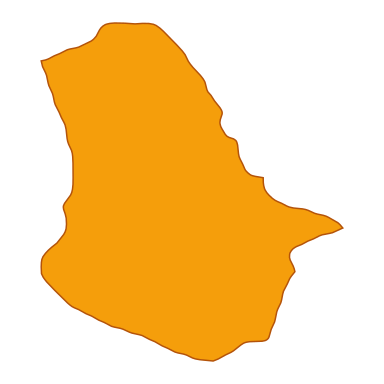 Cristobal, Independencia, Dominican Republic (Mercator projection)
{"feature_id": "3306468B18266835565764", "entity_name": "Cristobal", "entity_type": "district", "adm_level": 2, "iso_a3": "DOM", "parent_name": "Dominican Republic", "parent_adm1": "Independencia", "projection": "mercator", "projection_center": [-71.278, 18.34], "detail": "fine", "context": "isolated", "style": "filled", "palette": "amber", "viewbox_px": 384, "rotation_deg": 0, "n_neighbors": 0, "source": "geoboundaries", "source_scale": "gbopen_adm2", "svg_char_len": 2641}
<svg xmlns="http://www.w3.org/2000/svg" viewBox="0 0 384 384"><path d="M41.2,60.9L42.6,66.7L45.6,72.9L46.6,75.6L48.1,82.9L48.9,85.7L52.4,93.3L53.2,96.1L54.4,102.0L55.3,104.8L59.1,112.2L61.4,117.6L64.0,122.5L65.1,125.0L66.1,129.4L67.1,138.5L67.7,141.5L68.6,144.2L71.5,150.4L72.3,153.4L72.7,156.6L73.0,163.0L73.1,177.9L73.0,184.4L72.5,189.2L71.8,192.3L70.6,195.1L64.6,203.3L63.5,205.7L63.3,207.0L63.6,209.3L65.2,213.9L66.2,218.1L66.5,224.2L66.1,228.8L65.2,231.7L63.7,234.5L56.9,243.1L51.6,247.3L48.4,250.2L45.5,253.3L43.0,256.7L41.9,259.4L41.4,262.4L41.2,266.9L41.5,273.7L43.2,277.2L44.8,279.5L46.6,281.8L54.8,290.4L67.6,303.0L69.8,304.9L72.1,306.6L74.4,307.8L78.7,309.6L86.0,313.7L91.5,316.0L98.7,320.1L104.1,322.4L111.5,326.3L114.3,327.1L120.2,328.3L123.0,329.2L129.3,332.1L132.0,333.1L139.2,334.7L142.1,335.5L149.5,339.4L154.9,341.7L162.2,345.9L167.5,348.2L174.9,352.0L177.8,352.9L183.6,354.1L186.4,355.0L192.6,358.0L195.4,358.9L199.9,359.7L213.2,361.0L218.2,359.0L225.6,354.9L230.9,352.4L233.5,350.8L240.8,345.0L243.4,343.3L244.8,342.7L246.4,342.2L249.5,341.7L262.2,341.2L265.1,340.6L266.4,340.0L267.5,339.2L268.4,338.2L269.0,337.0L271.2,329.3L274.6,321.9L275.3,319.0L276.8,311.7L277.8,309.0L280.8,302.8L281.6,299.9L282.7,294.1L283.5,291.2L287.3,283.9L289.7,278.6L291.3,276.2L294.9,271.7L294.2,268.8L293.2,266.1L290.2,260.1L289.5,257.5L289.6,254.6L289.9,253.1L291.3,250.7L293.1,248.7L295.3,247.2L296.6,246.5L301.8,244.4L307.9,241.1L313.4,238.9L319.5,235.8L322.2,234.8L329.5,233.4L332.5,232.7L342.8,228.0L340.1,224.8L338.1,222.9L328.6,217.4L326.1,216.2L323.2,215.3L317.4,214.1L314.6,213.3L308.3,210.4L305.6,209.5L302.6,208.9L293.5,208.0L289.1,207.0L286.5,205.9L281.6,203.3L277.6,201.6L274.9,200.2L272.3,198.3L268.9,195.1L266.8,192.7L265.1,190.0L264.5,188.6L263.7,185.6L263.3,182.6L263.2,177.7L255.4,176.4L252.5,175.7L251.1,175.2L249.9,174.5L247.7,172.7L245.8,170.7L245.0,169.5L242.7,164.2L240.2,159.3L239.1,156.7L238.5,153.7L237.6,145.1L236.9,142.5L236.4,141.3L235.6,140.3L233.6,138.9L229.0,137.4L226.9,136.2L225.2,134.3L221.9,128.8L220.7,126.4L220.0,123.7L219.9,122.3L220.3,119.6L222.1,114.1L222.2,112.9L222.0,111.6L221.5,110.3L220.1,107.9L214.5,100.9L211.0,95.4L207.9,91.9L206.9,89.7L205.2,83.0L204.7,81.6L203.2,79.0L200.4,75.4L192.9,67.4L190.0,63.8L188.3,61.3L185.1,54.7L182.3,51.0L177.0,45.2L163.5,31.4L160.0,28.2L156.2,25.5L153.4,24.3L148.9,23.5L142.6,23.4L135.1,23.9L124.8,23.2L114.7,23.0L109.9,23.4L106.8,24.1L105.3,24.6L102.9,26.1L100.9,28.0L99.4,30.2L96.2,36.3L93.5,39.3L91.3,41.0L78.7,47.1L75.8,47.9L70.0,49.0L67.2,49.8L59.7,53.6L54.3,55.8L48.2,59.0L45.5,60.0L41.2,60.9Z" fill="#f59e0b" stroke="#b45309" stroke-width="1.5"/></svg>